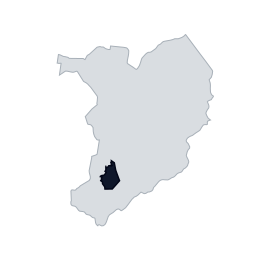 location of Aweil Centre, Northern Bahr el Ghazal, South Sudan, rotated 279°
{"feature_id": "79223893B3139508517189", "entity_name": "Aweil Centre", "entity_type": "district", "adm_level": 2, "iso_a3": "SSD", "parent_name": "South Sudan", "parent_adm1": "Northern Bahr el Ghazal", "projection": "albers", "projection_center": [27.174, 8.427], "detail": "fine", "context": "in_parent", "style": "filled", "palette": "ink", "viewbox_px": 256, "rotation_deg": 279, "n_neighbors": 0, "source": "geoboundaries", "source_scale": "gbopen_adm2", "svg_char_len": 4071}
<svg xmlns="http://www.w3.org/2000/svg" viewBox="0 0 256 256"><g transform="rotate(279 128 128)"><path d="M206.2,194.1L198.8,201.6L198.3,202.1L197.4,202.7L194.3,202.8L191.2,202.4L188.3,200.6L185.4,202.1L183.6,202.6L182.5,202.8L179.9,203.1L176.2,203.9L174.6,204.9L173.7,205.7L173.0,207.2L172.6,207.4L171.9,207.2L171.0,206.6L169.0,205.8L168.0,204.0L167.1,202.8L166.3,202.3L163.2,204.2L161.8,204.6L160.5,204.6L158.3,203.5L155.8,202.7L154.5,202.7L152.6,203.8L150.4,205.5L149.3,207.2L148.8,208.2L148.0,206.7L147.3,205.7L146.2,205.4L144.1,205.8L143.6,205.2L143.5,204.0L143.2,202.8L142.7,201.9L141.0,201.0L136.9,199.3L133.7,195.7L132.1,194.1L130.9,193.0L129.2,190.2L127.3,188.3L125.0,187.4L123.5,187.9L122.0,189.9L119.1,191.9L117.7,192.0L116.0,190.9L113.8,190.2L109.9,189.9L108.3,190.8L106.2,192.3L104.5,193.2L103.4,193.3L102.3,193.0L101.2,192.8L100.1,192.7L98.1,191.4L97.0,190.4L96.3,189.4L95.1,188.8L93.7,188.2L92.7,187.4L92.2,186.3L91.5,184.9L90.5,183.7L87.3,181.5L86.3,180.2L85.7,178.9L84.4,177.5L83.0,175.6L82.6,172.8L82.5,170.6L82.2,169.6L81.6,168.5L80.9,167.6L79.8,166.7L77.3,165.2L74.6,163.6L73.3,162.6L70.9,162.2L69.5,161.3L68.2,159.2L67.8,157.5L66.5,156.2L66.0,155.3L65.7,154.2L66.7,150.9L65.3,149.8L63.2,148.2L61.7,146.6L60.8,145.0L58.1,143.0L52.3,140.0L48.9,138.1L47.0,136.3L45.4,134.6L45.3,134.0L46.3,132.3L46.5,130.9L45.7,129.4L42.2,126.5L39.4,123.3L37.3,122.3L32.2,121.4L30.7,121.0L29.2,120.4L27.7,119.0L27.2,117.3L28.0,114.6L27.5,113.7L26.7,113.5L26.9,113.0L27.9,111.7L29.4,110.8L33.6,109.5L33.9,109.0L34.0,107.3L34.3,106.5L35.8,104.2L36.0,103.2L36.1,101.3L36.3,100.3L36.7,99.7L37.9,98.5L38.3,97.8L38.4,96.3L38.3,93.3L38.9,92.1L41.6,89.4L42.3,88.2L42.5,87.1L42.5,85.9L42.7,84.8L43.5,83.8L44.1,83.5L46.1,83.1L47.4,83.4L56.7,81.5L57.8,81.8L58.2,82.9L58.2,84.7L58.3,85.5L58.8,86.1L60.3,87.0L61.3,88.4L61.9,88.9L63.4,89.9L70.2,98.0L72.2,98.7L74.1,98.4L77.8,96.8L79.7,96.3L92.8,96.8L94.3,96.6L96.4,100.6L97.3,101.6L111.7,101.6L111.4,100.4L111.6,99.1L114.1,96.6L114.5,96.3L116.7,95.1L118.9,94.3L123.0,93.4L124.5,91.9L125.4,90.6L125.4,87.9L125.9,87.5L126.9,86.9L131.7,84.5L132.5,84.0L141.1,89.4L145.9,93.7L146.2,93.9L146.5,94.0L146.7,93.8L146.9,93.6L147.5,93.4L149.5,93.4L153.4,93.1L154.7,92.6L162.4,84.8L164.3,82.3L164.8,81.8L165.9,80.0L167.0,77.0L167.3,76.6L175.7,69.3L176.0,68.7L176.0,68.2L174.7,65.8L174.4,64.6L174.4,62.7L174.6,59.7L174.5,57.8L174.3,57.3L174.3,57.2L169.5,52.0L181.4,51.8L181.4,51.1L181.4,50.9L181.1,50.2L181.0,49.4L181.0,48.9L181.1,48.5L181.1,48.3L181.0,48.0L181.0,47.9L189.7,47.8L189.6,49.4L188.6,52.9L188.6,55.0L188.4,57.5L188.1,58.2L187.7,58.8L187.6,59.1L187.6,59.3L189.6,72.9L189.4,73.4L189.0,74.3L188.8,74.6L188.8,74.8L189.0,74.9L193.0,76.3L193.4,76.5L194.8,78.3L202.7,84.6L203.0,84.9L203.8,86.9L203.9,87.2L204.0,87.7L204.0,88.1L203.8,89.3L203.9,89.8L204.0,90.2L204.1,90.6L204.1,91.0L202.9,93.4L202.6,95.1L202.5,96.5L202.6,97.3L202.7,97.8L202.8,98.0L206.3,98.0L206.3,98.8L207.0,111.0L207.0,112.4L206.9,114.1L206.5,114.8L205.6,115.8L204.4,116.7L201.3,117.0L198.8,117.0L197.0,116.9L194.5,116.8L192.2,117.0L191.4,117.8L188.4,124.4L187.5,126.0L187.2,127.0L187.5,127.5L188.7,128.3L191.4,129.5L194.4,130.1L196.7,130.4L198.2,130.6L199.4,131.0L203.8,133.9L205.2,135.2L206.0,136.4L206.2,137.7L206.8,139.0L210.8,143.0L214.5,144.9L216.0,147.0L217.4,148.0L218.8,149.2L219.5,150.8L221.2,155.7L222.3,158.3L223.5,160.3L224.0,163.7L224.9,165.3L225.9,167.1L227.4,168.8L229.1,170.0L229.3,170.3L213.4,186.6L206.2,194.1Z" fill="#d9dde1" stroke="#a8b0b8" stroke-width="1"/><path d="M86.3,112.2L86.0,112.1L85.1,112.6L84.8,112.4L84.5,112.5L84.5,112.9L84.3,113.0L84.1,112.7L82.2,112.5L81.7,112.1L80.8,113.4L78.2,112.2L77.3,111.1L77.1,109.8L76.1,108.4L75.6,108.3L75.5,110.0L73.7,109.7L73.2,110.1L72.6,109.9L72.1,109.4L71.7,109.3L70.9,111.1L68.9,111.6L66.3,114.2L64.1,114.8L65.3,122.0L74.6,127.9L77.0,126.5L82.8,123.3L84.5,122.4L91.5,119.9L93.0,116.8L92.3,117.0L91.5,116.5L91.1,116.5L90.8,116.9L89.2,117.3L88.6,118.3L88.1,118.0L87.9,116.8L88.1,116.5L87.6,114.8L86.6,114.5L85.6,113.4L85.7,112.6L86.3,112.2Z" fill="#0f172a" stroke="#020617" stroke-width="1.5"/></g></svg>